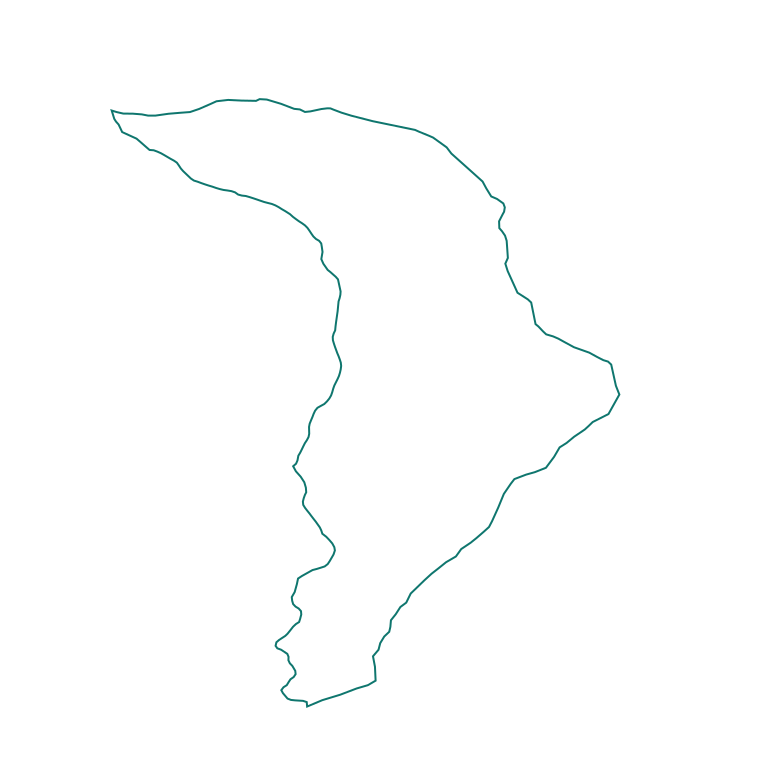 Mendrelgang, Chirang, Bhutan, rotated 262°
{"feature_id": "84629894B69504897318329", "entity_name": "Mendrelgang", "entity_type": "district", "adm_level": 2, "iso_a3": "BTN", "parent_name": "Bhutan", "parent_adm1": "Chirang", "projection": "equal_earth", "projection_center": [90.11, 26.956], "detail": "fine", "context": "isolated", "style": "outline", "palette": "teal", "viewbox_px": 768, "rotation_deg": 262, "n_neighbors": 0, "source": "geoboundaries", "source_scale": "gbopen_adm2", "svg_char_len": 3917}
<svg xmlns="http://www.w3.org/2000/svg" viewBox="0 0 768 768"><g transform="rotate(262 384 384)"><path d="M340.8,615.6L350.0,613.4L371.6,611.7L375.0,609.0L377.1,604.5L380.9,599.1L386.5,591.6L394.0,577.2L401.2,567.5L404.6,563.0L407.6,558.1L410.6,551.5L414.0,548.8L419.5,544.9L422.2,542.4L444.2,541.1L447.8,538.2L455.8,528.9L470.8,524.5L478.6,522.2L486.3,520.9L491.6,524.2L501.4,524.9L508.7,525.4L514.1,524.5L518.9,522.1L522.3,519.9L529.1,520.6L535.5,525.1L537.9,526.9L542.1,528.2L546.2,527.3L551.5,521.7L554.8,516.3L563.5,512.5L570.8,509.8L584.7,498.1L602.8,482.8L609.6,479.0L621.2,466.9L623.8,462.7L628.9,453.9L631.3,450.1L645.8,409.5L654.2,389.1L658.6,379.7L662.7,372.2L664.4,369.3L664.9,366.0L665.0,360.3L664.2,349.0L664.4,343.6L667.6,338.9L669.0,333.3L675.8,321.0L682.0,307.5L683.4,300.5L682.2,296.7L684.5,282.3L687.0,269.2L687.3,257.5L685.3,250.7L682.1,239.2L680.3,229.7L680.9,220.6L681.6,208.3L681.6,195.2L682.6,187.8L684.7,181.7L686.6,173.1L688.1,163.4L690.5,157.1L692.7,152.4L684.1,153.8L681.2,155.1L677.9,157.3L669.9,159.8L661.4,173.1L648.4,184.4L647.5,188.5L645.6,192.0L643.6,195.2L641.3,198.2L639.0,201.1L636.7,204.0L634.4,207.1L632.0,209.7L628.9,211.3L625.7,212.8L622.8,214.7L620.0,216.9L617.1,219.2L614.3,221.4L611.9,224.1L610.2,227.7L608.4,231.0L606.6,234.5L604.9,238.0L603.3,241.5L601.5,245.0L599.9,248.5L598.5,252.1L597.4,256.0L596.2,259.8L594.5,263.2L591.9,265.9L590.4,269.4L589.4,273.3L587.8,276.9L586.1,280.4L584.4,283.8L582.6,287.3L580.9,290.7L579.4,294.3L577.9,298.0L576.0,301.3L573.8,304.3L571.4,307.1L568.9,310.3L565.3,314.5L562.2,317.1L559.6,319.7L557.1,322.3L554.6,325.2L552.1,327.8L549.3,329.9L546.2,331.5L543.0,333.0L539.9,334.6L537.1,336.8L534.8,339.7L531.9,341.4L528.5,341.5L523.3,341.5L516.4,339.3L511.5,340.7L504.8,344.1L502.4,346.4L499.7,348.7L496.9,351.1L494.0,353.0L481.7,353.9L478.4,353.2L475.2,352.0L472.1,350.5L462.5,348.2L451.4,345.0L447.7,344.0L443.9,343.1L441.0,341.2L437.8,339.8L434.5,339.5L431.1,340.0L427.8,340.6L424.5,341.3L421.2,342.0L417.8,342.9L414.6,343.6L411.2,344.2L407.9,344.1L404.6,343.2L401.4,342.0L398.2,340.5L395.2,338.6L392.3,336.6L389.4,334.6L386.3,333.0L383.1,331.6L380.0,330.0L377.2,327.8L374.7,325.1L372.5,322.1L371.1,318.4L369.7,314.8L367.2,312.1L364.3,310.2L361.2,308.5L358.2,306.7L355.1,304.9L351.9,303.8L348.5,303.4L345.1,303.0L342.0,301.9L339.1,299.8L336.4,297.4L333.5,295.4L330.5,293.4L327.6,291.4L324.9,289.2L320.4,287.7L317.3,285.8L315.2,282.6L309.8,284.6L303.8,288.6L297.8,291.4L292.2,292.2L287.6,291.9L285.1,290.2L282.0,288.6L278.8,287.3L275.5,287.2L272.3,288.6L269.3,290.3L266.3,292.1L263.2,293.8L260.2,295.5L257.1,297.3L254.0,298.9L250.9,300.5L247.7,301.5L244.3,302.1L240.7,305.6L237.2,308.1L233.3,310.6L229.3,312.1L226.0,312.2L222.2,310.3L219.0,307.8L216.2,305.6L213.5,303.2L211.6,299.9L210.9,295.9L210.2,291.6L209.7,287.3L205.3,276.0L203.3,271.8L198.0,269.9L190.4,266.6L185.8,263.0L182.1,262.9L178.7,263.4L175.9,265.4L173.5,268.3L170.6,270.2L167.3,270.0L163.2,268.3L160.1,266.8L158.5,263.3L156.3,260.2L153.2,257.0L150.1,253.7L148.3,251.2L145.2,244.6L143.2,241.5L139.8,240.2L137.1,241.6L135.2,245.1L132.7,247.9L130.2,250.7L127.1,251.5L123.7,250.9L120.5,251.9L117.6,254.0L112.3,256.2L109.0,256.1L106.4,253.8L104.6,250.3L102.0,248.0L99.3,245.8L97.7,242.3L95.1,239.7L91.9,240.9L88.9,242.8L85.9,244.7L84.1,247.9L83.1,251.9L82.3,255.8L81.5,259.7L79.8,263.2L75.3,263.0L79.5,278.9L82.4,297.4L86.3,314.5L88.0,326.1L91.4,334.4L105.2,335.7L115.9,335.2L121.6,341.6L127.9,344.2L133.9,349.1L137.9,354.7L142.6,356.5L149.1,358.0L154.4,363.6L160.9,369.2L164.4,375.6L172.8,381.3L184.0,396.7L189.5,404.7L193.6,411.8L198.9,420.7L203.2,431.2L209.8,437.5L214.7,447.6L218.5,454.0L223.8,462.2L227.8,468.1L233.1,471.9L245.7,479.9L258.5,487.4L267.5,495.6L271.7,499.9L274.5,512.2L275.7,521.1L278.5,532.7L288.2,542.3L296.8,549.1L300.2,556.6L305.3,564.9L311.0,576.5L313.8,580.6L317.3,585.4L323.0,602.1L340.8,615.6Z" fill="none" stroke="#0f766e" stroke-width="2"/></g></svg>